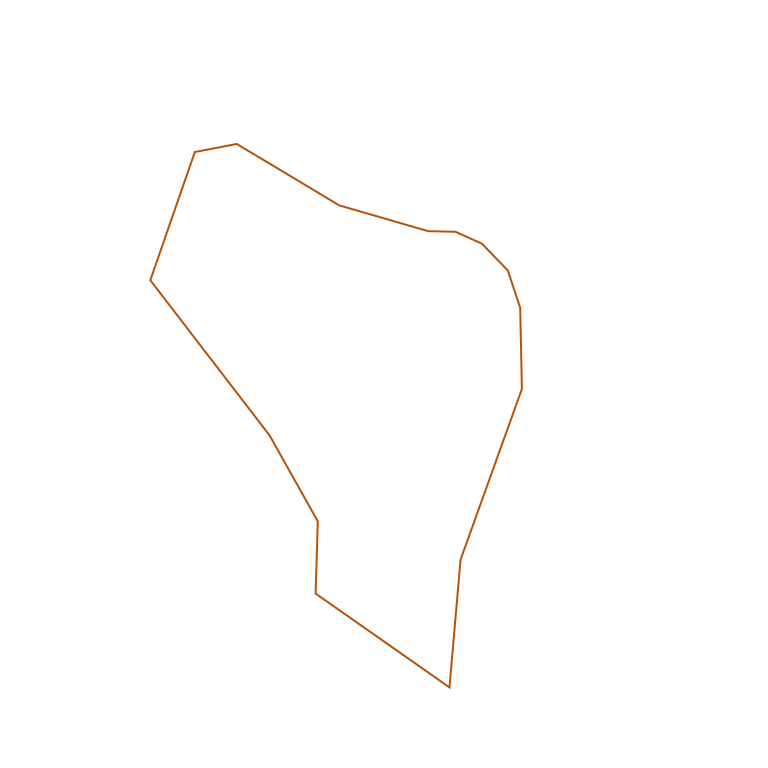 an SVG outline of Destrnik, rotated 240°
{"feature_id": "SVN-203", "entity_name": "Destrnik", "entity_type": "Municipality", "adm_level": 1, "iso_a3": "SVN", "parent_name": "Slovenia", "parent_adm1": "", "projection": "natural_earth1", "projection_center": [15.888, 46.479], "detail": "fine", "context": "isolated", "style": "outline", "palette": "amber", "viewbox_px": 768, "rotation_deg": 240, "n_neighbors": 0, "source": "natural_earth", "source_scale": "10m", "svg_char_len": 356}
<svg xmlns="http://www.w3.org/2000/svg" viewBox="0 0 768 768"><g transform="rotate(240 384 384)"><path d="M88.5,289.0L236.7,220.0L298.2,258.0L396.6,259.2L590.7,233.5L679.5,336.2L665.5,376.5L561.1,434.5L494.3,498.6L480.2,521.9L456.5,539.0L420.3,548.0L381.8,540.0L310.7,500.9L193.5,362.4L88.5,289.0Z" fill="none" stroke="#b45309" stroke-width="2"/></g></svg>